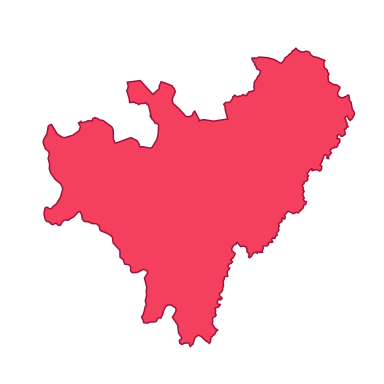 Mouhoun, Mou Houn, Burkina Faso, rotated 186°
{"feature_id": "67063806B95698273817509", "entity_name": "Mouhoun", "entity_type": "district", "adm_level": 2, "iso_a3": "BFA", "parent_name": "Burkina Faso", "parent_adm1": "Mou Houn", "projection": "natural_earth1", "projection_center": [-3.46, 12.237], "detail": "fine", "context": "isolated", "style": "filled", "palette": "rose", "viewbox_px": 384, "rotation_deg": 186, "n_neighbors": 0, "source": "geoboundaries", "source_scale": "gbopen_adm2", "svg_char_len": 5961}
<svg xmlns="http://www.w3.org/2000/svg" viewBox="0 0 384 384"><g transform="rotate(186 192 192)"><path d="M312.1,248.7L309.7,245.3L310.7,241.1L316.5,236.0L324.3,232.7L326.7,232.9L332.0,235.4L338.8,244.5L340.9,243.5L341.9,242.2L342.2,235.2L344.8,229.1L345.3,226.7L345.0,225.0L342.4,219.8L338.7,217.1L337.9,214.6L338.6,210.3L336.6,205.1L336.3,199.9L334.6,196.2L329.5,190.4L323.6,186.5L321.8,183.8L320.9,181.0L322.4,172.7L325.7,165.9L329.2,162.5L330.0,160.7L331.9,160.5L334.8,161.8L336.4,160.8L337.0,156.2L336.6,153.6L335.0,149.1L333.3,147.5L331.1,147.4L327.9,145.0L327.0,145.0L324.1,146.8L321.3,144.9L320.0,144.9L319.3,145.4L318.1,148.3L316.3,150.5L314.4,151.0L312.1,150.9L309.2,153.6L307.4,154.5L303.1,160.2L301.3,160.7L299.3,157.8L298.3,153.6L296.1,151.5L292.4,151.5L287.9,150.2L283.6,150.4L280.8,148.4L280.0,145.6L278.9,144.0L270.6,141.5L267.8,139.9L266.3,138.4L265.1,133.1L257.6,126.5L256.8,119.7L253.5,117.6L251.2,113.2L247.3,113.1L245.8,112.0L244.9,109.9L244.9,107.3L243.8,106.0L242.3,105.5L237.8,106.4L232.1,110.1L229.0,109.1L228.0,108.1L227.8,106.4L230.3,101.5L227.0,92.5L227.2,89.4L226.4,84.1L227.1,78.8L225.7,75.2L226.9,71.5L226.9,68.9L228.0,64.3L229.1,62.5L226.9,58.7L226.4,57.0L222.3,57.0L220.2,58.3L216.0,58.8L214.1,59.5L212.6,62.9L211.8,63.5L210.2,63.3L209.6,63.7L208.4,67.4L207.6,72.1L205.8,75.8L204.1,77.0L200.9,77.4L196.8,75.4L195.4,73.5L195.9,70.6L198.4,65.4L192.3,58.2L190.6,50.3L187.2,46.3L187.2,45.2L189.1,42.9L188.4,40.4L185.9,39.3L183.9,40.8L179.3,41.6L178.9,41.2L178.3,38.9L177.6,38.2L175.1,40.9L174.3,45.7L173.4,48.0L170.9,50.1L168.0,49.5L162.2,45.0L160.6,44.6L158.9,43.2L157.9,45.4L158.0,49.7L156.7,50.5L156.0,52.0L154.8,52.3L153.5,55.7L152.1,57.2L152.3,57.8L154.4,58.4L158.3,63.1L157.8,65.2L158.4,68.2L158.2,69.0L155.7,70.9L155.2,71.8L155.2,72.6L156.3,73.8L156.0,75.5L156.7,79.2L153.8,80.3L152.0,82.9L152.4,83.3L153.3,82.8L154.3,83.1L155.2,84.5L155.3,86.1L154.2,88.6L153.6,88.8L152.9,87.6L151.4,88.2L151.1,90.0L153.2,91.1L154.0,92.6L153.8,94.1L152.8,94.8L151.2,97.7L151.5,99.9L150.9,101.7L151.6,107.2L150.9,108.4L150.9,110.7L149.7,111.6L148.2,111.6L147.6,112.3L148.4,113.8L148.6,117.0L147.9,118.3L146.9,118.9L146.6,120.3L147.7,120.6L148.4,121.5L147.9,123.8L145.5,125.3L144.4,126.8L146.3,128.8L144.0,131.2L142.8,134.6L142.7,135.3L146.2,137.8L146.5,140.2L144.8,143.5L142.5,145.0L142.3,146.3L141.7,146.6L138.0,142.8L135.3,143.6L132.5,143.2L132.4,142.2L131.3,141.3L131.4,139.4L130.4,137.5L129.6,137.3L128.6,136.2L129.0,133.4L127.9,132.6L125.9,134.6L125.5,136.2L123.8,138.3L122.3,138.6L120.7,138.0L120.8,138.7L120.0,139.6L118.6,139.0L115.6,139.5L116.0,140.6L115.3,143.4L115.8,145.3L115.5,145.8L111.7,146.2L110.5,147.7L110.7,149.4L109.8,149.6L109.3,150.4L107.4,150.3L106.4,150.8L107.5,152.2L107.8,153.5L106.9,154.9L105.5,154.3L104.7,154.8L104.3,156.9L102.7,158.0L103.4,159.8L103.2,160.7L101.6,162.8L102.2,165.6L101.6,167.6L102.4,168.4L102.5,169.6L99.4,172.3L100.0,174.7L99.6,175.6L98.0,174.6L97.0,174.9L96.6,176.9L97.4,178.5L95.8,181.3L94.3,182.8L91.4,182.3L89.4,181.1L87.8,181.4L86.6,182.6L84.1,182.4L79.7,187.9L79.5,190.8L77.7,191.4L77.3,194.4L78.8,194.4L80.6,196.0L79.8,197.8L81.8,201.2L80.5,204.5L81.6,205.2L81.6,207.2L82.8,209.9L82.9,210.7L81.4,212.0L81.7,213.5L79.2,214.9L78.1,216.5L78.8,219.1L77.7,220.2L79.4,221.9L79.5,222.9L78.2,224.0L77.3,226.2L75.4,227.7L74.7,227.1L75.2,226.2L74.8,225.8L70.4,227.3L67.1,226.2L65.9,227.5L65.5,229.1L65.7,231.2L67.5,232.3L66.1,235.4L64.5,241.8L63.4,243.0L62.0,243.0L61.4,242.0L61.5,240.3L61.1,239.5L59.5,239.5L60.0,241.0L59.7,242.3L57.5,245.3L58.9,247.6L58.8,248.2L57.0,250.3L53.1,251.6L51.9,253.0L51.9,254.7L50.3,257.1L50.5,259.9L51.3,260.4L52.7,260.1L53.4,260.5L53.1,262.1L53.6,263.2L51.8,264.8L50.9,264.5L49.9,263.2L48.1,263.2L45.7,265.4L46.9,270.4L45.6,270.8L44.9,272.6L43.5,273.2L44.5,274.3L45.2,277.1L46.2,278.1L46.5,279.9L47.6,281.0L47.6,282.0L45.6,283.9L43.8,280.9L42.2,279.7L40.4,281.6L38.7,285.8L38.7,287.8L41.3,291.3L43.1,297.7L45.2,299.7L45.1,301.1L46.1,304.6L47.2,304.7L49.3,302.8L50.2,302.6L51.7,301.4L54.6,301.5L55.5,302.4L56.4,302.3L57.4,304.3L57.5,306.3L55.8,310.6L55.9,311.8L59.3,313.6L62.3,313.6L67.7,316.0L68.9,321.4L68.1,323.6L69.9,325.9L70.2,327.3L73.6,329.8L74.4,334.3L73.6,336.7L81.9,339.0L85.6,339.3L88.4,341.0L89.7,343.3L91.3,343.9L93.4,344.0L95.4,342.9L98.1,342.8L101.8,344.1L103.5,345.8L104.0,345.7L105.2,343.9L106.9,342.8L108.2,340.1L109.8,339.0L110.8,337.4L113.7,334.9L114.4,332.5L116.8,329.1L123.4,332.1L130.4,333.5L139.5,333.2L142.3,331.4L143.8,332.0L144.7,331.4L146.3,331.5L146.2,330.1L143.3,326.7L143.0,325.3L141.0,323.0L140.9,321.8L139.7,320.7L138.2,320.7L136.5,319.3L137.3,315.4L138.7,313.8L139.6,310.7L140.7,309.6L141.5,307.5L141.6,306.3L141.2,304.5L141.6,303.4L140.6,300.4L142.0,298.5L143.3,298.6L143.8,297.9L146.0,297.5L146.4,296.4L147.5,295.3L147.7,293.9L149.2,293.4L151.3,294.3L153.6,292.4L154.9,292.4L157.0,291.4L159.8,292.8L160.4,291.4L161.2,291.1L161.6,288.9L163.6,285.3L167.8,284.6L169.6,282.6L168.2,280.7L167.4,277.0L164.2,268.3L178.1,264.7L187.7,265.2L190.9,264.3L192.2,263.3L192.6,265.0L197.7,272.7L198.9,271.3L199.9,268.2L200.9,267.3L204.6,266.3L207.0,267.0L207.6,268.1L213.8,273.5L220.4,278.3L221.2,281.3L221.1,283.3L219.0,290.1L220.8,293.4L222.1,294.1L222.8,295.5L229.7,297.5L234.2,298.4L235.7,293.7L235.4,291.3L241.2,285.0L255.1,297.4L267.8,294.4L266.4,290.4L266.8,287.8L267.4,286.5L267.1,285.0L264.2,278.4L263.4,274.4L258.6,275.3L257.4,274.5L256.2,274.6L254.4,273.5L252.0,274.6L248.4,275.2L247.4,276.0L245.8,274.3L245.0,274.6L243.8,272.5L240.9,263.8L240.7,263.1L241.4,263.1L241.2,262.7L239.9,260.8L237.0,258.3L235.7,256.3L233.4,256.4L232.2,255.2L231.7,246.2L232.4,240.6L235.8,233.4L236.8,231.8L237.8,231.3L246.1,231.9L248.2,231.3L250.4,235.3L252.3,237.5L258.5,239.7L273.3,232.4L275.6,236.0L276.9,245.6L278.6,248.4L287.8,253.8L291.4,254.0L293.9,255.3L296.5,255.8L298.2,254.7L298.8,252.2L300.0,252.5L301.4,251.8L302.8,252.1L305.2,250.5L309.7,249.4L310.2,249.6L310.1,250.4L312.1,248.7Z" fill="#f43f5e" stroke="#9f1239" stroke-width="1.5"/></g></svg>